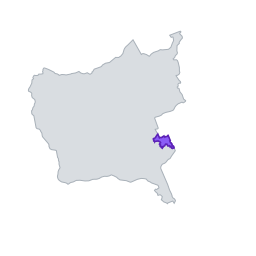 Kahemba, Bandundu, Democratic Republic of the Congo shown in context, rotated 248°
{"feature_id": "63176286B37251946319002", "entity_name": "Kahemba", "entity_type": "district", "adm_level": 2, "iso_a3": "COD", "parent_name": "Democratic Republic of the Congo", "parent_adm1": "Bandundu", "projection": "albers", "projection_center": [18.943, -7.197], "detail": "fine", "context": "in_parent", "style": "filled", "palette": "violet", "viewbox_px": 256, "rotation_deg": 248, "n_neighbors": 0, "source": "geoboundaries", "source_scale": "gbopen_adm2", "svg_char_len": 6652}
<svg xmlns="http://www.w3.org/2000/svg" viewBox="0 0 256 256"><g transform="rotate(248 128 128)"><path d="M207.9,165.7L191.2,167.9L191.5,168.9L191.3,169.9L190.9,170.6L189.1,172.7L186.6,174.5L186.6,175.0L187.8,177.1L188.5,180.1L188.2,185.2L188.5,186.6L188.4,187.7L187.6,188.9L185.8,195.0L186.8,198.0L190.0,200.9L191.9,203.0L195.1,203.8L195.6,203.7L195.9,202.0L198.4,201.4L198.2,212.3L198.0,213.0L197.5,213.1L196.9,212.7L196.7,211.7L196.1,211.2L192.9,212.5L192.1,212.4L191.2,212.2L190.6,211.6L190.4,210.8L188.3,207.5L187.2,207.3L186.1,204.4L181.2,202.2L179.3,202.0L178.3,201.3L177.3,199.0L175.7,197.5L175.4,195.9L175.0,195.7L174.0,196.0L173.1,198.5L172.0,199.1L170.0,199.1L164.9,198.3L161.3,196.9L160.3,197.0L158.9,195.8L158.3,193.8L158.7,192.3L158.4,192.1L152.8,193.3L151.5,194.0L150.2,193.8L149.9,193.4L150.4,192.4L150.2,191.2L149.8,190.7L148.1,190.3L147.6,189.0L146.6,188.8L146.3,189.0L146.0,189.8L145.4,190.1L142.1,189.7L138.7,190.7L134.0,190.4L131.8,191.7L131.5,191.6L131.1,191.0L130.6,188.9L130.9,188.3L131.6,187.9L131.8,187.1L131.6,184.9L131.8,184.4L131.5,183.1L130.9,181.2L129.9,179.5L127.8,177.1L127.5,175.9L127.6,173.2L128.3,168.9L128.3,165.7L127.4,163.6L127.3,161.4L127.8,157.3L127.3,156.4L116.7,156.0L116.3,155.7L116.1,155.1L116.6,152.7L110.1,153.3L108.2,153.8L107.0,154.8L106.6,156.0L106.6,157.7L105.6,159.4L105.3,162.2L103.5,162.5L101.7,162.5L98.3,161.9L95.0,162.7L93.3,163.5L92.5,163.2L89.5,163.4L89.1,163.2L85.6,157.7L84.1,155.8L83.8,154.9L83.9,154.0L83.5,152.9L81.9,150.0L81.6,148.7L81.6,146.6L81.4,145.9L80.0,144.1L79.0,143.5L78.0,143.2L60.7,143.6L54.9,143.3L50.7,143.6L48.6,143.5L48.0,143.2L46.1,143.6L45.1,144.4L43.6,144.8L42.7,144.7L40.9,142.6L43.3,142.2L43.5,142.0L43.6,137.0L43.0,136.3L44.2,135.5L46.3,133.3L48.4,132.5L48.7,132.0L49.1,132.0L49.9,132.9L51.6,134.1L53.9,133.0L54.1,132.7L54.3,130.6L54.9,130.4L55.8,130.9L56.4,130.8L57.3,130.2L60.1,129.1L61.0,130.5L60.2,131.7L60.6,132.6L60.7,133.9L61.1,134.3L63.4,134.4L64.0,134.0L68.4,129.1L69.5,128.5L71.4,126.6L73.9,125.7L74.9,124.2L76.3,121.4L76.9,117.5L76.7,110.7L76.9,109.8L79.8,106.7L82.9,101.1L85.0,99.7L86.5,99.1L88.9,97.0L90.8,95.0L90.6,92.5L91.0,90.5L92.1,87.9L92.4,85.2L92.0,82.3L92.2,80.0L93.6,76.2L93.7,71.9L95.0,68.3L97.6,63.8L98.8,60.4L98.5,57.0L98.9,54.6L98.7,53.1L98.3,51.9L98.5,51.1L99.5,50.7L100.7,49.5L102.9,46.2L105.2,44.6L106.9,44.1L108.6,44.2L109.7,44.5L111.5,45.8L113.6,46.8L115.1,48.1L116.6,50.1L120.3,50.5L121.9,51.2L122.8,51.5L123.2,51.3L124.0,51.4L125.7,52.0L127.1,51.7L133.9,53.1L134.6,52.4L136.6,49.0L138.0,47.9L140.3,47.8L142.1,48.4L143.1,48.4L151.5,45.6L152.6,45.5L155.6,46.2L157.6,45.8L158.4,45.9L160.1,45.4L161.5,43.4L162.7,42.9L174.6,45.3L176.5,44.3L177.4,44.2L180.0,45.0L180.8,46.3L182.4,47.4L183.5,49.2L185.3,50.2L186.1,51.2L187.2,51.9L189.3,52.2L192.1,50.6L194.1,50.8L196.0,51.7L196.7,51.7L198.2,50.8L199.0,49.8L199.8,49.6L200.9,50.1L201.9,51.1L202.7,52.4L205.6,55.6L208.5,57.0L209.1,58.9L210.2,58.7L210.7,58.9L211.4,60.1L211.9,60.4L212.0,60.9L211.3,62.0L210.5,64.1L211.4,65.5L210.6,67.4L210.2,69.4L211.1,69.9L212.3,69.9L213.4,70.9L214.2,71.1L215.1,72.3L214.9,73.2L212.0,76.3L207.6,80.2L206.1,80.7L205.4,81.4L204.8,82.5L203.6,83.5L202.6,83.9L202.4,86.7L200.9,89.7L200.4,90.3L199.5,95.1L199.6,96.0L198.7,100.0L198.8,103.7L196.7,104.8L195.2,106.6L194.6,107.9L194.5,110.9L192.2,112.7L192.0,113.1L192.5,115.2L193.4,115.6L193.4,116.3L195.2,118.7L194.9,125.7L195.0,126.4L196.0,128.1L196.5,131.4L195.7,135.4L198.1,143.0L196.9,145.7L197.4,148.3L198.9,151.1L202.4,153.9L203.3,155.0L204.2,156.6L205.0,158.9L207.9,165.7Z" fill="#d9dde1" stroke="#a8b0b8" stroke-width="1"/><path d="M96.9,152.5L97.0,152.7L96.9,152.7L97.0,152.8L96.9,152.8L97.0,152.9L97.0,153.0L97.0,153.3L97.2,153.5L97.3,153.6L97.5,153.8L97.6,154.0L97.7,154.3L97.6,154.5L97.7,154.8L97.7,155.1L97.8,155.1L97.8,155.3L97.9,155.5L98.0,155.6L98.1,155.8L98.3,155.9L98.3,156.0L98.5,156.3L98.6,156.5L98.8,156.7L99.0,156.8L99.0,157.0L98.9,157.3L98.5,157.9L98.4,158.1L98.1,158.0L97.9,157.8L97.7,157.9L97.6,158.1L97.2,158.2L97.1,158.3L96.9,158.3L96.9,158.2L96.7,158.2L96.4,158.2L96.3,158.5L96.2,158.5L96.2,158.8L96.1,159.1L96.0,159.3L96.0,159.5L96.0,159.8L95.8,159.8L95.7,159.8L95.5,160.0L95.4,160.0L95.5,160.1L95.4,160.2L95.2,160.1L95.2,160.3L95.0,160.5L94.9,160.6L95.0,160.6L94.9,160.6L94.8,160.8L94.6,160.8L94.4,160.8L94.2,160.9L93.9,160.7L93.8,160.8L93.7,160.7L93.1,160.8L92.7,161.1L92.6,161.3L92.4,161.5L92.5,161.6L92.5,161.8L92.6,162.1L92.4,162.2L92.3,162.4L92.2,162.7L92.2,163.3L92.7,163.3L92.9,163.4L93.0,163.5L93.2,163.4L94.1,163.4L94.0,163.1L94.1,162.9L94.5,162.8L94.6,162.6L95.1,162.5L95.2,162.4L95.6,162.5L95.7,162.4L95.9,162.4L96.0,162.5L95.9,162.5L96.0,162.7L96.4,162.8L96.5,162.7L96.6,162.8L96.7,162.7L96.8,162.6L98.0,162.5L98.0,162.3L98.1,162.2L98.3,161.9L100.3,161.8L100.3,162.2L100.2,162.2L100.3,162.2L100.4,162.5L106.2,162.5L106.2,162.3L106.2,162.1L105.4,161.9L105.4,161.7L105.4,161.4L105.5,161.3L105.5,160.8L105.7,160.6L105.8,160.4L105.7,160.3L105.9,159.9L105.9,159.6L105.8,159.4L105.7,159.2L105.6,158.7L106.4,158.6L106.5,158.6L106.6,158.4L106.6,158.0L106.8,157.9L107.1,157.7L107.2,157.8L107.2,157.7L107.0,157.4L106.9,157.3L106.7,156.8L106.8,156.7L106.7,156.6L106.6,156.3L106.7,156.2L106.7,155.9L106.8,155.7L106.7,155.5L106.8,155.3L106.8,155.2L106.7,155.1L106.8,155.0L106.8,154.7L107.0,154.2L107.3,154.0L107.2,153.7L107.1,153.4L110.9,153.4L111.0,153.4L110.9,153.3L111.0,153.3L110.9,153.2L110.9,152.9L110.8,152.6L110.7,152.5L110.7,152.3L110.6,152.2L110.4,152.0L110.4,151.9L110.2,151.6L110.0,151.4L109.9,151.3L109.9,151.2L109.7,151.0L109.7,150.9L109.6,150.7L109.4,150.6L109.3,150.4L109.2,150.4L109.1,150.2L108.9,150.1L108.8,149.9L108.7,149.7L108.7,149.4L108.6,149.2L108.6,148.9L108.7,148.7L108.6,148.4L108.7,148.2L108.6,147.9L108.5,147.7L108.4,147.4L108.3,147.5L108.2,147.5L107.7,147.6L107.4,147.5L106.9,147.3L106.8,147.1L106.7,147.1L106.4,146.9L106.1,147.0L105.8,147.7L105.8,147.8L105.5,147.9L105.4,147.9L105.2,147.8L105.3,148.0L105.3,148.4L105.3,148.5L105.2,148.9L105.2,149.0L105.1,149.3L105.2,149.5L105.0,149.9L104.8,150.3L104.8,150.5L104.7,150.7L104.7,150.8L104.7,151.0L104.8,151.1L104.7,151.2L104.4,151.2L104.3,151.3L104.1,151.5L103.9,151.8L103.8,152.0L103.6,152.0L103.4,152.2L103.4,152.3L103.2,152.4L103.2,152.5L102.9,152.5L102.7,152.5L102.1,152.7L102.0,152.4L101.8,152.0L101.8,151.9L101.7,151.8L101.7,151.7L101.3,151.5L101.1,151.5L101.1,151.3L101.1,151.2L100.9,151.3L100.9,151.5L100.7,151.6L100.4,151.7L100.1,151.5L99.9,151.5L99.8,151.8L99.7,151.8L99.6,151.6L99.8,151.4L99.8,151.2L99.7,151.1L99.4,150.9L98.8,151.1L98.6,151.1L98.2,151.5L98.1,151.8L97.9,151.5L97.0,151.7L97.0,151.8L97.2,152.0L97.1,152.5L96.9,152.5Z" fill="#8b5cf6" stroke="#5b21b6" stroke-width="1.5"/></g></svg>